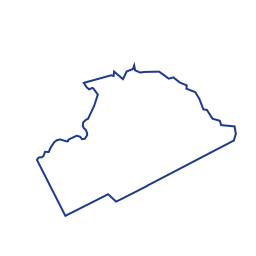 Wakulla, Florida, United States of America, rotated 153°
{"feature_id": "52423323B44157144266829", "entity_name": "Wakulla", "entity_type": "district", "adm_level": 2, "iso_a3": "USA", "parent_name": "United States of America", "parent_adm1": "Florida", "projection": "natural_earth1", "projection_center": [-84.385, 30.132], "detail": "fine", "context": "isolated", "style": "outline", "palette": "blue", "viewbox_px": 256, "rotation_deg": 153, "n_neighbors": 0, "source": "geoboundaries", "source_scale": "gbopen_adm2", "svg_char_len": 935}
<svg xmlns="http://www.w3.org/2000/svg" viewBox="0 0 256 256"><g transform="rotate(153 128 128)"><path d="M39.4,68.8L34.6,73.8L32.3,81.0L43.7,88.3L42.9,92.8L48.5,97.9L49.5,108.3L52.4,110.4L51.2,121.6L51.8,129.4L58.1,136.5L56.3,139.3L61.2,145.0L64.6,152.5L69.3,153.5L74.7,164.1L88.2,170.6L92.0,171.9L95.5,176.2L94.1,180.9L96.9,178.3L103.5,179.0L110.3,173.8L114.8,184.6L117.2,180.9L119.1,182.6L146.9,188.3L146.4,183.3L145.1,180.1L141.5,179.9L140.9,178.8L139.7,171.5L148.1,163.1L159.5,154.3L161.8,154.4L165.4,153.3L167.3,150.5L167.4,147.9L166.4,145.3L166.8,142.0L167.7,140.1L171.4,138.0L174.0,138.9L174.6,141.8L177.1,144.4L185.4,144.7L186.8,144.3L187.3,143.5L188.2,143.5L193.8,148.7L197.0,149.4L200.1,148.9L206.4,145.3L209.5,142.6L212.7,144.4L215.9,141.5L218.2,141.1L220.4,142.1L221.6,142.0L223.6,140.9L223.7,78.2L175.8,78.0L172.0,67.8L162.9,67.7L137.2,67.7L136.1,67.9L39.4,68.8Z" fill="none" stroke="#1e3a8a" stroke-width="2"/></g></svg>